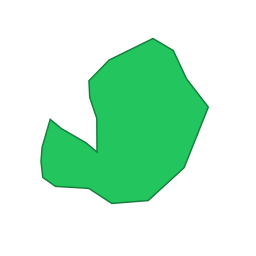 the Parish of Saint Philip, rotated 215°
{"feature_id": "ATG-5095", "entity_name": "Saint Philip", "entity_type": "Parish", "adm_level": 1, "iso_a3": "ATG", "parent_name": "Antigua and Barbuda", "parent_adm1": "", "projection": "natural_earth1", "projection_center": [-61.693, 17.064], "detail": "fine", "context": "isolated", "style": "filled", "palette": "green", "viewbox_px": 256, "rotation_deg": 215, "n_neighbors": 0, "source": "natural_earth", "source_scale": "10m", "svg_char_len": 406}
<svg xmlns="http://www.w3.org/2000/svg" viewBox="0 0 256 256"><g transform="rotate(215 128 128)"><path d="M98.0,56.9L125.6,56.0L153.9,38.6L169.4,38.6L180.1,50.7L187.3,62.9L196.7,90.5L182.5,89.3L153.8,91.7L139.6,90.5L159.0,117.9L176.9,131.1L187.1,144.3L182.4,173.0L158.9,215.6L135.3,217.4L108.2,201.8L74.2,191.2L59.3,127.7L69.9,80.1L98.0,56.9Z" fill="#22c55e" stroke="#15803d" stroke-width="1.5"/></g></svg>